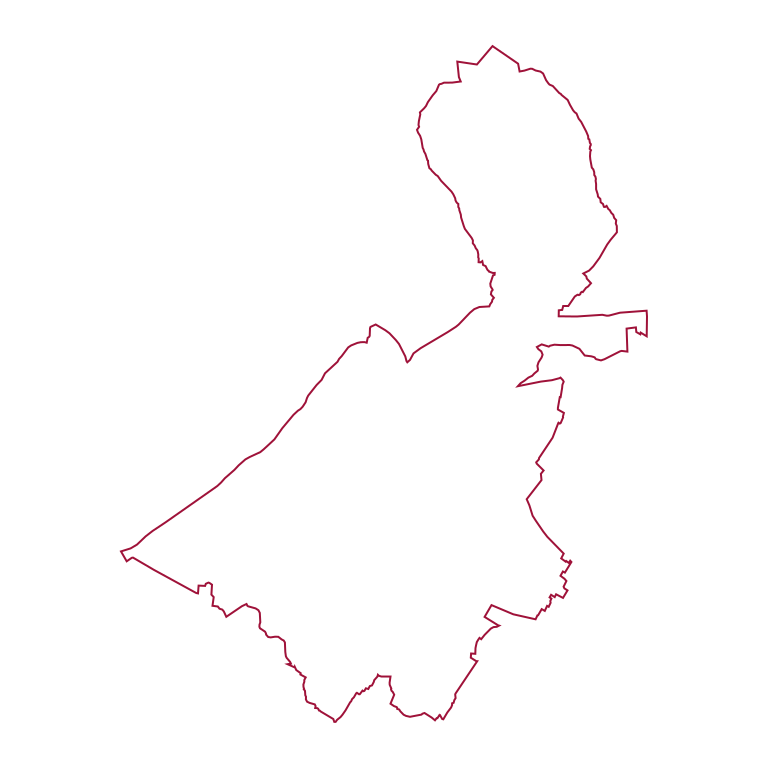 Tlaxcala, Tlaxcala, Mexico
{"feature_id": "50627088B5718128794016", "entity_name": "Tlaxcala", "entity_type": "district", "adm_level": 2, "iso_a3": "MEX", "parent_name": "Mexico", "parent_adm1": "Tlaxcala", "projection": "robinson", "projection_center": [-98.23, 19.317], "detail": "fine", "context": "isolated", "style": "outline", "palette": "rose", "viewbox_px": 768, "rotation_deg": 0, "n_neighbors": 0, "source": "geoboundaries", "source_scale": "gbopen_adm2", "svg_char_len": 6099}
<svg xmlns="http://www.w3.org/2000/svg" viewBox="0 0 768 768"><path d="M518.1,63.7L492.5,46.1L476.9,64.5L457.3,61.6L458.9,77.1L460.7,81.5L452.2,82.6L443.9,82.7L441.5,83.8L439.9,84.1L439.0,84.7L436.3,91.1L432.7,95.3L427.9,102.1L426.0,106.0L424.1,108.3L419.9,112.4L420.3,114.3L418.9,121.0L418.5,125.0L419.1,126.8L417.0,129.8L418.1,132.7L420.1,135.8L421.3,139.4L422.7,147.9L423.5,149.4L424.0,151.4L425.4,153.9L427.4,160.2L428.0,160.6L428.2,163.9L429.4,168.2L431.1,169.5L431.5,170.4L435.8,174.8L437.7,176.0L441.1,180.8L451.5,191.6L453.3,194.3L455.2,198.3L455.5,200.3L456.2,201.8L457.2,203.1L458.3,203.9L458.3,207.0L459.2,208.5L459.3,210.1L460.8,214.6L461.1,217.5L463.8,226.1L464.9,228.9L471.7,238.0L472.9,240.4L472.8,243.3L474.6,245.5L475.8,248.3L477.2,250.0L477.7,251.3L478.3,254.5L478.2,257.4L478.7,258.4L478.6,262.2L480.4,262.4L482.3,261.1L483.1,265.0L485.6,266.1L487.0,269.0L487.8,270.3L488.7,270.8L489.0,271.6L492.9,273.0L494.7,272.9L494.6,274.8L493.0,275.4L490.3,283.6L490.6,286.4L492.6,289.6L492.6,290.1L491.4,291.5L490.9,294.4L493.9,297.8L492.3,299.8L492.0,301.7L490.2,304.2L489.3,306.4L479.4,307.0L474.3,309.1L470.0,312.7L458.6,324.6L455.9,326.8L447.7,332.1L420.6,348.2L413.5,353.4L410.0,359.9L407.3,362.3L406.5,361.1L405.3,356.4L399.0,344.0L395.8,340.0L389.5,333.3L385.3,330.2L375.7,324.5L370.5,326.9L370.0,328.2L369.7,335.8L369.2,336.8L367.7,337.8L366.7,342.7L364.5,342.1L360.8,342.2L357.4,342.9L351.2,345.4L348.2,347.4L341.7,356.1L339.1,358.9L337.5,361.8L325.0,373.3L321.6,379.9L316.6,385.0L308.2,395.6L307.0,398.0L305.6,402.3L302.6,406.8L300.4,409.1L297.9,410.7L293.5,414.8L282.3,428.2L274.4,439.4L263.7,449.3L260.3,452.1L249.9,456.9L245.4,459.4L238.7,465.3L234.4,469.9L224.9,478.2L221.1,482.5L217.2,486.1L165.6,522.3L152.8,530.8L145.6,536.4L137.0,544.6L130.6,548.4L121.0,551.4L126.7,561.3L131.8,557.8L133.0,557.6L153.8,569.8L196.2,593.0L198.0,593.4L198.6,585.6L205.1,585.9L205.8,583.8L208.4,582.6L209.4,582.9L212.0,584.7L211.4,594.6L213.7,597.1L212.5,605.8L217.8,606.5L219.5,608.7L222.3,609.6L223.8,611.4L226.3,616.8L241.9,606.2L246.5,604.0L247.4,605.8L248.1,606.3L255.6,608.4L258.4,610.2L259.8,612.9L260.3,622.3L259.5,624.7L259.4,626.8L260.0,628.3L265.1,631.7L266.0,633.5L266.1,634.6L268.2,637.0L270.7,637.4L275.1,636.7L278.3,636.8L281.6,639.4L283.7,640.5L284.9,642.4L285.3,652.0L285.9,656.3L286.7,657.9L290.1,661.9L290.9,663.6L287.6,664.2L294.2,667.2L294.7,667.3L294.8,666.9L296.3,670.1L300.7,673.2L300.4,674.5L305.7,677.4L304.3,680.0L304.3,681.8L303.4,684.5L303.5,687.0L304.1,688.9L303.8,689.2L305.0,690.9L305.3,695.3L306.0,696.7L305.9,699.4L307.1,701.7L309.6,702.9L314.8,704.4L315.6,706.1L315.2,708.0L317.4,708.2L318.2,708.8L319.0,710.5L319.9,710.7L320.7,711.5L333.3,719.0L334.3,721.9L335.6,721.9L337.1,719.8L340.5,717.1L342.5,714.7L345.5,710.4L350.2,702.2L351.1,701.4L352.1,699.1L353.9,697.3L356.2,693.3L356.9,692.8L359.1,694.3L359.8,694.2L362.5,690.6L363.4,691.2L364.4,690.9L365.9,688.3L368.3,689.0L369.8,686.1L372.0,685.4L373.8,681.9L374.2,680.2L377.4,676.6L377.9,674.8L378.9,675.8L381.3,676.5L390.5,676.5L389.6,682.7L389.7,684.8L391.3,688.5L391.0,689.1L391.5,690.7L392.8,692.0L394.2,694.7L390.5,703.7L394.0,706.1L396.7,707.1L397.2,707.9L397.2,708.9L399.2,709.5L400.3,711.3L403.6,714.7L406.0,715.9L410.0,716.8L421.5,714.6L422.4,713.7L424.5,713.0L431.6,717.5L435.0,720.3L436.7,718.1L437.4,718.2L439.1,715.6L439.2,715.9L440.1,715.3L442.2,719.0L443.3,719.3L447.3,712.5L451.1,707.5L452.1,705.1L452.1,703.3L453.6,702.8L454.3,700.2L455.6,698.1L455.2,694.5L455.5,693.6L477.2,661.2L476.1,661.1L470.8,657.7L471.1,653.5L475.3,653.8L475.5,648.1L476.0,645.6L476.8,642.1L478.3,639.6L479.5,637.9L481.2,639.2L484.6,634.9L490.8,628.6L493.5,627.1L496.8,626.8L499.1,625.6L497.9,625.2L484.6,616.9L491.5,605.1L513.3,614.3L535.6,619.3L537.4,615.4L538.1,615.3L541.7,609.1L544.8,610.9L547.1,605.9L548.7,606.8L550.6,602.8L550.3,601.0L551.4,598.6L549.6,597.4L551.1,594.8L554.7,597.1L556.1,594.3L563.0,597.9L567.5,590.4L564.4,588.4L563.6,586.7L566.4,581.0L564.5,578.8L560.5,575.8L562.9,571.5L564.9,572.6L571.4,562.0L570.2,560.7L568.8,562.9L566.2,561.0L565.7,561.7L561.2,558.4L563.7,553.6L547.3,536.8L543.2,531.5L535.8,520.7L532.6,515.7L529.4,505.4L526.7,499.2L541.5,480.1L540.9,473.8L543.6,470.5L536.7,463.6L536.2,462.3L538.9,459.4L539.0,458.1L552.6,437.7L558.3,423.0L558.5,422.7L559.8,423.6L560.7,423.0L563.1,417.4L562.9,416.6L563.9,412.9L557.9,409.5L557.9,407.9L559.8,397.1L560.6,397.2L562.1,388.1L562.4,384.8L563.7,381.7L562.9,380.2L560.5,377.6L559.4,378.2L551.9,380.2L540.8,381.6L517.9,386.2L520.6,383.2L524.5,380.7L528.4,377.6L532.2,375.8L534.3,373.5L537.7,370.7L538.0,369.4L537.4,365.9L538.5,362.3L541.6,357.5L542.6,354.7L541.3,351.4L538.3,349.1L536.9,347.0L541.7,344.4L548.8,346.6L550.1,345.7L554.4,344.7L560.8,345.1L569.6,345.0L572.4,345.5L579.4,348.8L584.7,355.5L591.2,356.3L593.7,357.0L594.8,357.5L595.5,358.7L596.2,359.2L601.0,360.4L604.5,359.2L620.1,351.3L621.6,350.9L627.4,351.6L626.6,328.6L635.9,327.4L636.3,332.0L640.3,334.3L640.7,332.6L646.7,336.3L647.0,316.4L646.6,310.7L620.0,312.7L608.9,315.6L606.8,315.7L602.3,314.8L576.7,316.5L558.7,316.3L558.8,310.3L562.2,309.9L563.2,306.0L568.3,306.0L574.8,296.5L577.2,294.9L577.8,294.7L578.9,295.1L580.2,294.3L580.8,292.6L582.0,291.8L582.8,292.1L586.0,287.9L588.1,286.5L591.0,283.2L586.8,278.6L586.3,276.4L583.3,273.5L589.1,270.6L593.3,266.3L599.5,257.9L607.2,244.5L610.7,239.7L616.9,232.3L616.8,226.0L615.8,223.6L616.2,220.2L614.2,217.9L613.2,214.7L611.4,213.0L609.7,210.1L608.3,209.0L606.6,205.9L605.0,207.0L603.9,206.8L603.0,204.0L600.7,202.3L600.3,198.9L598.0,196.6L597.7,194.3L596.1,189.3L596.1,184.0L595.6,180.7L595.9,179.0L595.4,176.6L594.3,175.1L594.2,172.1L593.3,169.4L591.8,167.6L590.3,159.4L590.0,156.2L590.3,151.6L591.0,150.2L589.7,148.9L590.1,146.3L590.7,145.3L590.8,144.1L589.9,142.9L589.3,139.4L588.3,138.8L588.1,136.0L586.2,131.5L581.2,121.9L578.6,118.6L576.5,113.5L574.7,112.2L573.1,110.3L570.0,104.9L567.7,100.0L561.5,94.9L560.8,93.9L559.3,93.1L552.8,86.0L549.5,84.6L548.4,83.4L546.1,80.2L543.1,73.5L540.5,71.6L535.6,70.5L532.2,68.8L530.4,68.7L524.4,70.6L519.6,71.5L518.1,63.7Z" fill="none" stroke="#9f1239" stroke-width="2"/></svg>